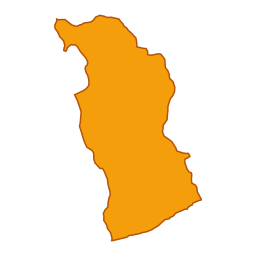 outline of Germasogeia, Limassol, Cyprus
{"feature_id": "46923920B41569206347275", "entity_name": "Germasogeia", "entity_type": "district", "adm_level": 2, "iso_a3": "CYP", "parent_name": "Cyprus", "parent_adm1": "Limassol", "projection": "natural_earth1", "projection_center": [33.082, 34.721], "detail": "fine", "context": "isolated", "style": "filled", "palette": "amber", "viewbox_px": 256, "rotation_deg": 0, "n_neighbors": 0, "source": "geoboundaries", "source_scale": "gbopen_adm2", "svg_char_len": 2447}
<svg xmlns="http://www.w3.org/2000/svg" viewBox="0 0 256 256"><path d="M56.7,19.1L56.9,20.7L54.8,25.1L55.1,28.6L57.6,31.9L59.9,37.0L61.0,38.0L61.7,38.6L63.8,41.3L64.8,45.6L64.0,48.4L63.8,50.5L65.8,51.3L66.8,49.9L67.2,47.9L69.0,46.2L71.1,44.8L75.6,45.0L77.0,46.2L78.5,48.4L80.3,51.5L86.0,58.2L87.7,62.2L87.3,64.9L85.6,66.5L85.1,68.4L85.8,71.8L87.9,75.9L88.7,79.3L89.0,82.5L88.8,85.4L87.4,87.3L85.8,89.0L83.2,90.7L74.6,94.8L77.5,100.8L79.8,107.5L81.2,112.0L80.6,118.1L80.3,122.4L79.5,126.3L80.9,130.5L82.2,134.7L83.3,138.7L85.4,144.2L86.9,147.2L89.2,148.7L92.0,150.5L93.6,152.9L93.8,155.7L93.8,159.2L95.0,162.9L100.1,168.5L102.6,168.5L104.7,172.3L106.0,176.0L107.4,178.9L108.0,184.1L108.8,187.7L109.8,190.9L110.3,194.7L109.1,197.4L108.3,201.2L107.9,205.1L107.8,207.1L105.0,210.0L103.3,213.6L103.9,216.3L103.8,220.5L106.0,223.9L106.9,225.6L107.4,228.4L109.2,230.8L110.6,232.9L111.5,236.0L112.1,238.8L111.6,240.6L112.7,240.6L125.2,237.6L127.1,237.0L129.1,235.5L133.3,234.9L135.8,234.4L139.8,233.5L142.4,232.6L144.1,232.2L146.5,231.8L149.7,230.5L152.1,229.6L154.3,228.0L158.1,225.8L159.7,224.5L160.6,223.5L163.3,221.1L164.6,219.8L169.6,218.6L170.0,217.2L171.2,217.1L173.0,216.2L174.2,215.0L175.4,213.4L177.9,212.2L181.0,211.0L183.5,209.9L184.5,209.3L187.4,209.0L187.9,207.6L190.1,205.7L191.4,205.2L192.3,204.9L192.5,204.3L192.9,203.1L194.4,202.4L195.6,202.0L197.5,201.0L201.2,199.9L201.2,199.3L201.2,199.0L200.3,197.5L197.3,191.8L196.8,187.3L195.3,185.0L191.8,183.1L191.4,179.8L191.6,176.2L191.8,174.4L191.2,172.8L188.8,171.8L187.2,169.3L186.0,166.0L184.6,161.7L185.1,159.1L187.8,157.9L190.0,156.3L188.4,153.5L183.7,153.2L179.4,151.9L176.9,151.0L175.7,147.7L171.8,141.7L169.5,139.8L164.2,136.2L162.5,132.2L163.3,125.2L165.3,122.3L167.1,119.7L167.3,116.1L167.8,111.1L167.9,106.9L168.7,103.5L169.8,100.5L170.6,98.3L172.4,96.3L174.5,92.0L174.8,87.3L174.5,86.4L173.6,83.5L173.1,81.8L169.5,78.2L169.3,74.5L167.7,70.5L165.5,67.8L165.1,64.2L164.8,59.4L161.6,55.0L160.0,53.8L156.3,54.1L152.3,55.1L149.4,55.1L147.7,54.4L147.7,51.7L146.2,48.6L143.1,48.3L136.8,46.8L136.8,43.9L136.7,43.2L136.5,41.1L135.9,38.0L132.8,34.6L131.2,32.9L128.2,30.2L126.8,28.1L126.4,27.8L124.1,26.2L122.8,23.6L120.8,21.7L118.9,19.0L111.6,17.3L106.7,17.4L104.6,16.4L100.5,15.4L99.4,15.5L95.7,17.1L94.6,18.5L93.0,20.6L90.6,22.1L86.8,22.6L83.4,23.2L81.6,24.6L80.3,24.7L80.3,24.8L76.7,26.4L71.9,25.0L64.9,19.5L57.9,19.7L56.7,19.1Z" fill="#f59e0b" stroke="#b45309" stroke-width="1.5"/></svg>